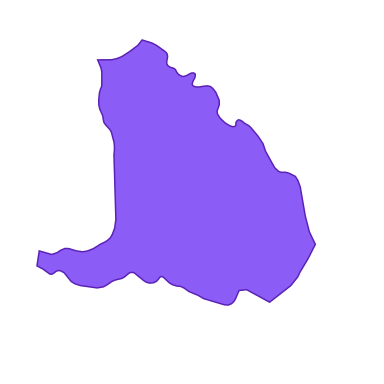 map outline of Vrancea (Mercator projection), rotated 200°
{"feature_id": "ROU-317", "entity_name": "Vrancea", "entity_type": "County", "adm_level": 1, "iso_a3": "ROU", "parent_name": "Romania", "parent_adm1": "", "projection": "mercator", "projection_center": [27.101, 45.78], "detail": "fine", "context": "isolated", "style": "filled", "palette": "violet", "viewbox_px": 384, "rotation_deg": 200, "n_neighbors": 0, "source": "natural_earth", "source_scale": "10m", "svg_char_len": 2117}
<svg xmlns="http://www.w3.org/2000/svg" viewBox="0 0 384 384"><g transform="rotate(200 192 192)"><path d="M58.2,185.0L60.1,169.3L63.2,153.1L63.6,148.3L67.2,137.7L81.4,115.0L107.2,118.9L114.0,115.6L114.3,112.5L114.6,106.3L115.2,103.4L116.6,100.6L119.2,98.2L122.9,97.1L144.4,95.8L151.1,97.0L160.8,97.4L166.4,99.0L170.1,99.4L174.4,98.4L178.3,98.2L181.7,98.7L190.3,102.3L192.3,101.9L193.2,100.6L193.7,98.6L194.8,96.0L196.8,93.8L200.6,91.9L204.0,91.6L207.0,92.2L218.7,96.3L221.5,95.8L223.4,94.3L226.1,89.5L228.2,86.9L234.2,82.9L236.6,80.6L240.4,75.3L242.9,72.5L248.4,69.4L264.9,65.9L270.6,65.7L275.0,66.6L284.5,72.4L288.6,73.0L291.2,72.3L292.9,70.6L294.0,68.6L295.7,66.7L297.8,66.3L305.6,68.6L312.4,69.5L315.4,84.4L302.6,85.3L300.6,86.7L297.8,89.1L295.7,92.1L292.1,95.5L288.4,96.7L280.6,97.1L274.3,98.4L270.1,100.8L265.3,105.1L259.8,112.1L256.6,115.3L254.7,117.9L253.1,121.0L252.4,124.7L252.3,131.7L254.2,140.3L278.1,200.4L279.3,205.1L280.8,209.0L282.3,212.1L288.0,220.3L290.1,222.4L296.1,225.5L298.4,227.1L299.7,229.0L300.8,231.0L302.3,233.5L307.0,238.3L309.4,242.1L311.1,246.5L312.9,253.5L313.2,257.1L313.0,260.2L313.7,262.6L317.7,273.7L319.9,277.4L325.8,283.9L312.7,288.8L308.2,291.7L304.2,295.3L298.6,302.7L293.0,311.4L290.9,317.8L280.7,318.3L275.8,317.7L265.0,314.7L262.9,313.6L261.3,311.1L260.8,308.6L260.4,306.2L259.6,304.0L258.0,302.5L255.3,301.8L251.3,302.0L249.5,301.4L247.2,299.3L244.9,297.9L241.2,297.2L239.0,297.9L236.9,299.6L235.1,301.7L233.2,303.6L231.1,304.5L229.2,303.9L228.4,301.1L229.0,295.4L228.6,293.2L227.2,292.0L224.2,292.1L221.5,293.0L216.1,296.0L213.5,297.1L210.6,297.4L207.6,296.3L203.6,293.7L197.8,287.5L196.2,283.4L196.1,279.6L196.2,276.9L194.8,274.1L191.0,271.1L184.4,268.2L179.1,267.2L175.7,267.3L174.1,268.5L173.6,269.7L173.9,270.8L174.3,271.5L174.4,272.5L174.3,273.4L173.8,274.8L172.9,275.8L171.4,276.0L169.2,275.7L165.9,274.5L161.4,273.8L158.8,272.7L149.3,267.2L141.7,261.6L136.7,255.3L122.6,243.1L117.6,241.0L114.7,241.0L112.3,242.1L109.7,242.7L106.5,242.8L100.2,242.0L96.3,238.9L92.0,233.8L77.3,208.1L68.0,194.6L58.2,185.0Z" fill="#8b5cf6" stroke="#5b21b6" stroke-width="1.5"/></g></svg>